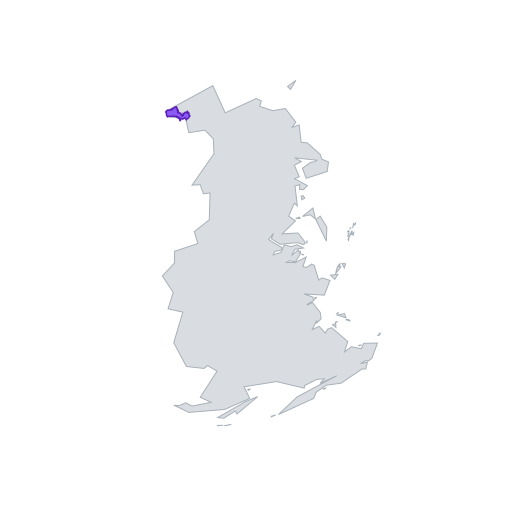 Dagestan on a map of Russia (orthographic projection), rotated 122°
{"feature_id": "RUS-2417", "entity_name": "Dagestan", "entity_type": "Republic", "adm_level": 1, "iso_a3": "RUS", "parent_name": "Russia", "parent_adm1": "", "projection": "orthographic", "projection_center": [46.661, 43.097], "detail": "fine", "context": "in_parent", "style": "filled", "palette": "violet", "viewbox_px": 512, "rotation_deg": 122, "n_neighbors": 0, "source": "natural_earth", "source_scale": "10m", "svg_char_len": 7574}
<svg xmlns="http://www.w3.org/2000/svg" viewBox="0 0 512 512"><g transform="rotate(122 256 256)"><path d="M424.2,230.1L426.1,246.7L423.8,242.0L417.7,237.8L417.2,230.8L403.9,216.6L405.4,228.4L374.3,228.0L374.6,239.0L378.9,240.5L386.6,256.5L373.1,279.8L342.4,288.3L347.4,302.6L330.8,306.9L322.6,324.8L305.0,321.4L295.2,327.6L276.3,311.9L268.0,321.2L250.1,314.8L226.9,328.3L231.1,333.6L225.1,341.1L229.8,347.8L191.6,345.8L179.3,354.3L176.3,365.9L187.0,378.3L176.6,388.8L184.8,404.9L180.2,408.7L134.4,382.9L150.9,358.0L122.3,339.2L121.7,333.6L127.2,332.2L123.8,318.7L115.4,309.3L121.4,293.2L127.7,293.5L121.9,288.9L135.7,277.9L132.9,272.7L135.8,255.3L139.0,251.6L137.8,244.4L146.6,240.4L163.5,254.6L157.0,263.1L147.6,259.3L144.7,255.9L142.5,255.1L152.2,275.2L151.9,267.6L158.7,271.6L165.8,261.3L170.1,264.3L169.1,249.8L174.6,250.9L176.4,254.4L172.3,256.7L175.9,260.1L191.6,247.5L190.9,251.5L204.9,249.4L205.3,241.1L223.3,245.5L214.2,232.5L218.5,221.1L221.2,221.5L222.7,228.0L233.2,241.6L233.3,252.1L227.6,253.2L235.4,254.0L235.1,238.7L237.3,237.2L242.0,242.5L245.9,242.0L239.7,236.7L231.7,238.0L229.2,230.8L224.8,227.4L224.0,219.9L229.7,226.6L235.0,226.5L236.1,225.9L228.4,223.4L230.9,219.6L240.1,219.4L242.3,225.2L245.5,226.8L240.8,219.2L230.3,212.9L240.2,210.6L238.8,206.9L233.5,204.7L233.0,201.7L243.2,190.0L239.5,188.3L237.5,180.3L253.0,177.3L262.7,195.2L260.7,186.1L263.2,183.5L268.9,186.5L269.9,186.8L270.3,186.4L265.6,183.4L269.9,171.5L274.8,167.5L280.6,169.1L278.4,170.4L288.6,169.3L282.2,165.2L284.7,156.4L280.1,156.5L276.7,153.9L279.9,132.9L290.5,130.1L282.4,127.1L278.9,117.6L273.0,118.4L265.5,106.9L281.2,103.5L285.6,105.1L286.4,107.5L291.8,110.4L287.0,105.3L293.6,103.1L295.6,106.2L318.8,116.5L328.5,128.1L339.8,132.8L346.2,131.6L378.6,153.0L353.6,146.4L314.8,124.1L330.1,134.2L323.9,133.1L328.4,139.0L340.1,146.1L342.5,145.1L351.7,172.2L373.2,196.8L380.1,185.9L402.9,201.4L424.2,230.1ZM206.1,204.2L193.4,224.5L188.2,222.6L194.0,211.2L206.1,204.2ZM374.3,180.0L400.1,188.5L398.4,191.4L410.7,197.4L413.2,202.8L384.8,187.6L374.3,180.0ZM185.2,233.2L193.1,225.0L192.3,231.8L197.8,237.5L185.2,233.2ZM263.0,155.7L258.0,150.4L260.8,146.9L263.0,155.7ZM220.3,178.2L228.8,179.2L221.5,181.4L220.3,178.2ZM215.1,175.8L219.4,174.8L216.7,179.1L215.1,175.8ZM228.1,176.9L234.1,176.8L232.7,182.6L228.1,176.9ZM262.5,146.3L260.7,143.8L261.3,141.5L262.5,146.3ZM85.9,315.3L96.4,315.0L95.6,319.1L85.9,315.3ZM178.7,189.7L181.2,188.8L176.3,190.7L178.7,189.7ZM271.1,152.6L274.2,150.4L273.8,154.7L271.1,152.6ZM184.0,247.0L181.2,249.5L179.8,247.9L181.1,245.3L184.0,247.0ZM183.4,188.0L185.5,186.9L186.8,187.7L183.4,188.0ZM190.9,186.9L190.5,189.0L188.6,188.5L188.6,187.2L190.9,186.9ZM193.2,186.8L191.2,186.9L193.7,185.8L193.2,186.8ZM200.9,238.5L203.1,242.3L200.0,239.7L200.9,238.5ZM220.3,179.5L220.0,181.2L218.0,180.7L220.3,179.5ZM184.2,185.6L186.9,184.7L186.2,186.2L184.2,185.6ZM257.4,109.2L258.6,110.6L255.1,109.9L257.4,109.2ZM176.5,188.6L178.3,189.1L174.6,189.3L176.5,188.6ZM218.1,219.8L215.6,221.1L218.0,219.6L218.1,219.8ZM259.2,182.7L262.0,183.3L259.8,183.9L259.2,182.7ZM275.4,119.5L277.5,120.7L277.3,121.5L275.4,119.5ZM188.0,189.8L186.5,189.3L188.8,189.6L188.0,189.8ZM186.8,186.2L187.9,187.4L186.1,186.7L186.8,186.2ZM411.9,187.7L413.8,189.5L416.8,193.1L411.9,187.7ZM185.7,190.0L186.9,191.2L185.6,191.2L185.7,190.0ZM230.4,219.2L229.1,220.9L228.6,220.9L230.4,219.2ZM332.5,127.1L333.1,128.6L331.0,127.0L332.5,127.1ZM268.8,152.4L270.9,153.3L269.4,153.4L268.8,152.4ZM371.5,190.3L374.1,191.3L373.5,192.2L371.5,190.3ZM380.3,154.9L384.4,157.9L383.6,158.0L380.3,154.9ZM183.6,190.6L182.4,191.1L181.9,190.7L183.6,190.6ZM229.8,215.9L230.4,217.7L229.7,217.4L229.8,215.9ZM261.4,156.1L262.6,157.1L260.0,156.3L261.4,156.1ZM420.0,198.7L416.9,194.0L420.6,199.1L420.0,198.7Z" fill="#d9dde1" stroke="#a8b0b8" stroke-width="1"/><path d="M173.3,404.0L173.2,404.0L173.1,403.9L172.9,403.5L172.6,403.4L172.1,403.1L171.9,403.0L171.8,402.9L171.7,402.7L172.3,401.4L172.4,401.2L172.5,401.2L172.8,401.0L173.2,400.7L173.3,400.4L173.4,400.6L173.5,400.6L173.5,400.2L173.8,399.8L174.1,399.8L174.2,399.7L174.1,399.4L174.0,399.2L174.1,398.9L174.3,398.7L174.5,398.8L174.8,398.9L174.9,398.7L175.0,398.7L175.0,398.8L175.3,398.9L175.6,398.6L175.8,398.5L175.8,398.4L175.7,398.3L175.6,398.2L175.7,397.9L175.8,397.8L175.8,397.7L175.7,397.6L175.4,397.7L175.2,397.5L175.2,397.4L175.4,397.2L175.4,396.9L175.2,396.8L175.3,396.5L175.3,396.4L175.2,396.2L175.1,395.9L174.9,395.7L174.9,395.4L175.1,395.3L175.4,394.9L175.4,394.6L175.6,394.1L175.8,393.9L175.9,393.6L176.0,393.5L176.3,393.5L176.4,393.3L176.4,393.2L176.2,393.3L176.2,393.2L176.0,392.9L175.9,392.9L175.8,393.0L175.7,393.0L175.5,392.9L175.4,392.9L175.5,392.7L175.5,392.4L175.4,392.2L175.0,392.2L174.9,392.4L174.6,392.5L174.5,392.8L174.4,393.0L174.0,393.0L173.9,393.0L173.7,393.2L173.6,392.9L173.7,392.7L173.2,392.4L172.8,392.3L172.6,392.3L172.3,392.4L172.2,392.4L171.7,392.2L171.4,392.0L171.4,391.5L171.4,391.4L171.5,391.2L171.4,391.0L170.7,390.9L170.6,391.0L170.4,391.0L170.3,390.9L169.8,390.9L169.7,390.9L169.8,390.5L170.0,390.5L170.4,390.4L170.8,390.3L171.0,390.2L171.1,389.9L171.1,389.7L170.3,389.4L170.2,389.3L170.2,389.2L170.3,389.0L170.4,388.9L170.4,388.6L170.5,388.6L170.9,388.4L171.0,388.5L171.1,388.4L171.9,387.6L172.0,387.4L172.1,387.2L171.9,386.8L172.0,386.7L172.3,386.3L172.9,386.2L173.2,386.3L173.3,386.3L173.6,386.3L173.8,386.4L174.0,386.4L174.3,386.4L175.4,386.6L176.1,386.9L176.8,387.3L176.9,387.5L177.0,387.6L177.3,387.5L177.2,387.8L177.1,388.0L176.9,388.0L176.7,388.3L176.5,388.8L176.4,389.0L176.5,389.4L176.5,389.5L176.8,389.8L177.1,389.8L177.8,390.0L178.0,390.1L178.1,390.6L178.2,390.8L178.3,390.8L178.5,391.0L178.6,390.9L178.8,390.9L178.9,391.2L179.0,391.6L179.1,391.8L179.3,392.0L179.5,392.4L179.6,392.6L179.6,392.8L179.8,392.9L179.8,393.0L179.7,393.2L179.8,393.2L179.9,393.3L180.0,393.5L179.9,393.6L179.7,393.7L179.7,393.8L179.8,394.0L179.7,394.1L179.6,394.3L179.5,394.5L179.4,394.4L179.4,394.7L179.4,394.8L179.6,394.9L179.6,395.1L179.8,394.8L179.8,394.6L179.9,394.3L179.9,394.2L180.0,394.1L180.0,393.9L180.0,393.7L180.1,393.3L180.1,393.2L180.2,392.9L180.4,392.7L180.6,392.8L180.8,392.9L180.6,393.2L180.4,393.5L180.1,394.4L180.1,395.0L179.9,395.4L179.9,395.6L179.9,395.9L180.0,396.1L179.9,396.2L179.9,396.3L180.0,396.4L180.1,396.2L180.3,396.1L180.4,396.3L180.3,396.5L180.2,396.6L179.9,396.9L179.9,397.0L179.9,397.4L179.8,397.5L179.8,398.0L180.1,398.3L180.4,398.5L180.5,398.6L180.9,398.9L180.9,399.1L181.0,399.5L181.0,399.9L181.0,400.1L181.1,400.3L181.5,400.5L182.0,401.2L182.2,401.6L182.3,401.7L182.6,401.9L182.7,402.0L183.2,403.0L183.4,403.2L183.5,403.3L183.6,403.5L183.7,403.8L184.0,404.4L184.1,404.5L184.3,404.6L184.5,404.7L184.7,404.8L184.9,404.9L184.7,405.3L184.3,405.7L184.2,406.3L184.0,406.5L183.6,406.8L183.4,407.0L183.2,407.1L182.7,407.2L182.6,407.3L182.3,407.9L182.2,407.9L182.1,408.0L181.9,408.3L181.8,408.5L181.8,408.8L181.6,408.9L181.2,408.9L180.7,408.7L180.4,408.8L180.2,408.8L180.1,408.6L179.5,408.5L179.4,408.5L179.1,408.3L179.0,408.2L178.9,408.0L178.9,407.7L178.7,407.3L178.7,407.2L178.5,406.8L178.4,406.7L178.2,406.7L178.0,406.8L177.9,406.6L177.8,406.3L177.5,406.1L177.4,405.9L177.2,405.8L177.1,405.7L176.8,405.4L176.7,405.3L176.7,405.0L176.2,405.2L176.0,405.4L175.9,405.4L175.8,405.2L175.8,404.9L175.7,404.8L175.4,404.8L175.2,404.6L174.8,404.5L174.7,404.5L174.5,404.2L174.4,404.1L174.0,404.2L173.8,404.2L173.7,404.1L173.4,403.9L173.3,404.0ZM181.4,392.1L181.5,392.2L181.1,392.6L180.7,392.5L180.7,392.4L180.6,392.5L180.5,392.4L180.6,392.2L181.1,392.2L181.3,392.1L181.4,392.1Z" fill="#8b5cf6" stroke="#5b21b6" stroke-width="1.5"/></g></svg>